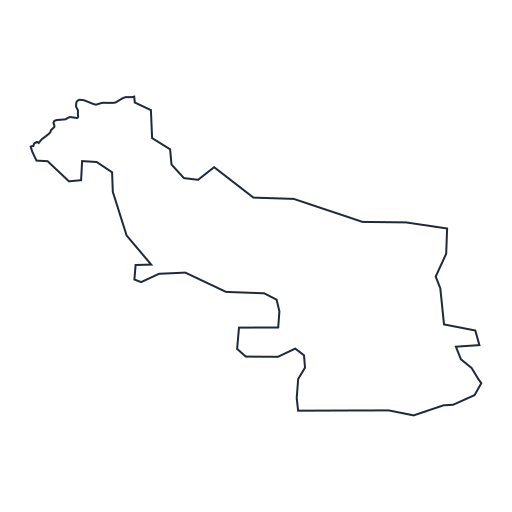 Tong, Ysyk-Köl, Kyrgyzstan (Natural Earth projection)
{"feature_id": "92254566B55303155079831", "entity_name": "Tong", "entity_type": "district", "adm_level": 2, "iso_a3": "KGZ", "parent_name": "Kyrgyzstan", "parent_adm1": "Ysyk-Köl", "projection": "natural_earth1", "projection_center": [76.22, 42.065], "detail": "fine", "context": "isolated", "style": "outline", "palette": "slate", "viewbox_px": 512, "rotation_deg": 0, "n_neighbors": 0, "source": "geoboundaries", "source_scale": "gbopen_adm2", "svg_char_len": 1494}
<svg xmlns="http://www.w3.org/2000/svg" viewBox="0 0 512 512"><path d="M93.1,103.9L85.2,100.7L83.2,100.1L79.5,99.8L78.0,100.4L76.8,101.5L76.3,102.7L76.0,106.5L77.0,108.4L78.0,110.5L77.9,113.4L77.9,113.9L78.0,115.6L78.2,116.2L77.9,117.4L77.6,117.8L76.9,118.0L73.0,117.4L71.6,117.2L69.7,117.1L67.6,118.0L65.6,119.3L61.3,119.7L57.0,120.0L54.4,120.8L53.4,122.8L54.4,125.5L54.3,127.0L51.6,129.6L51.0,130.2L50.2,132.5L48.2,134.4L42.0,139.1L39.8,141.5L38.7,143.0L37.9,142.4L37.2,142.0L36.5,142.0L35.8,142.8L34.5,143.1L34.1,143.7L33.3,146.0L31.8,146.2L30.7,146.6L32.2,151.6L36.5,160.6L47.6,161.2L68.9,181.3L81.1,180.2L82.1,161.1L96.7,162.0L112.1,172.3L112.8,191.8L126.6,235.5L151.2,264.6L135.6,265.0L134.4,279.5L141.1,282.1L159.0,273.8L185.3,272.6L226.0,291.9L264.2,293.3L276.6,299.7L279.4,311.4L278.2,327.5L239.0,327.6L237.1,348.9L245.8,356.6L277.9,356.8L295.2,348.6L304.0,355.3L305.0,367.7L298.2,378.9L296.7,398.0L298.1,410.7L348.1,410.5L388.7,410.4L413.6,415.4L443.5,405.3L453.0,404.8L474.6,395.1L481.3,383.2L478.4,379.2L471.6,368.0L460.9,359.3L455.9,346.7L479.4,345.1L475.3,330.5L444.0,324.4L440.3,288.3L435.7,276.6L446.2,253.7L447.1,228.5L405.9,222.4L362.5,221.9L293.7,198.9L253.4,197.6L214.1,167.2L198.1,179.8L183.9,178.1L171.5,164.5L170.1,149.3L152.1,138.1L150.9,110.1L134.8,102.5L134.2,96.6L132.4,97.1L128.5,97.1L125.8,97.1L123.7,97.8L122.2,98.5L115.9,102.3L114.6,102.7L112.8,102.9L102.8,102.8L101.2,103.1L98.5,103.9L96.0,104.7L93.1,103.9Z" fill="none" stroke="#1e293b" stroke-width="2"/></svg>